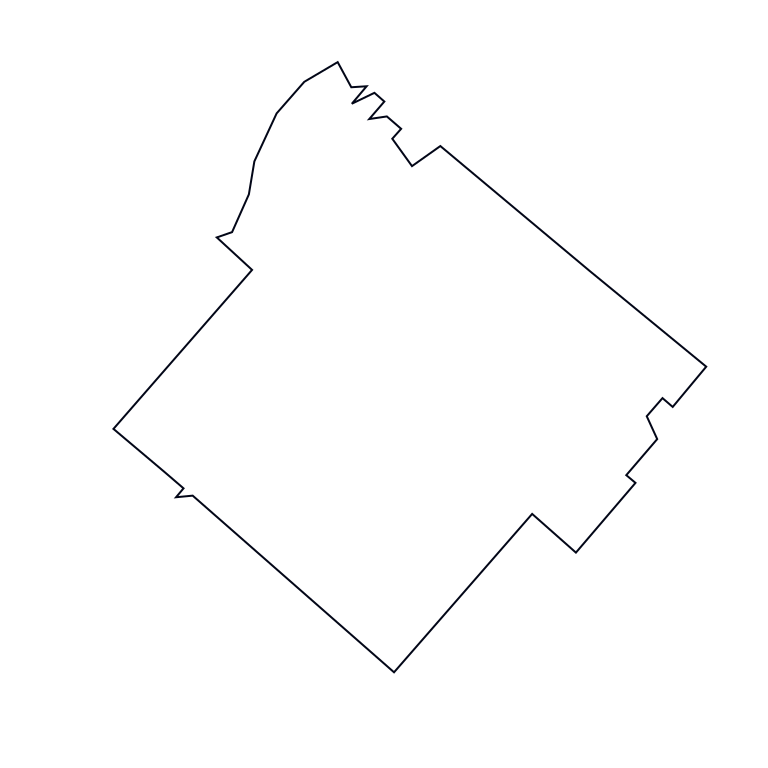 outline of Randolph, Georgia, United States of America, rotated 220°
{"feature_id": "52423323B38582621445702", "entity_name": "Randolph", "entity_type": "district", "adm_level": 2, "iso_a3": "USA", "parent_name": "United States of America", "parent_adm1": "Georgia", "projection": "mercator", "projection_center": [-84.71, 31.774], "detail": "fine", "context": "isolated", "style": "outline", "palette": "ink", "viewbox_px": 768, "rotation_deg": 220, "n_neighbors": 0, "source": "geoboundaries", "source_scale": "gbopen_adm2", "svg_char_len": 598}
<svg xmlns="http://www.w3.org/2000/svg" viewBox="0 0 768 768"><g transform="rotate(220 384 384)"><path d="M128.6,378.2L127.8,469.9L139.8,469.9L139.3,517.4L162.0,528.2L161.6,552.2L148.1,552.0L148.3,604.4L298.8,602.8L493.8,602.5L502.6,568.9L535.3,577.2L534.9,590.5L553.8,590.8L565.6,577.5L565.3,600.6L578.5,600.9L588.8,578.0L588.7,600.9L599.8,590.3L626.4,600.8L639.3,564.3L640.2,522.3L626.4,471.2L609.4,442.4L598.0,402.7L606.3,388.8L558.4,386.6L562.4,175.7L494.7,175.5L470.5,175.2L470.5,163.6L458.8,175.5L191.0,169.6L187.0,379.7L128.6,378.2Z" fill="none" stroke="#020617" stroke-width="2"/></g></svg>